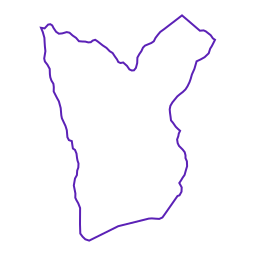 the district of Pontal, São Paulo, Brazil
{"feature_id": "56859067B44935232786988", "entity_name": "Pontal", "entity_type": "district", "adm_level": 2, "iso_a3": "BRA", "parent_name": "Brazil", "parent_adm1": "São Paulo", "projection": "equal_earth", "projection_center": [-48.065, -20.99], "detail": "fine", "context": "isolated", "style": "outline", "palette": "violet", "viewbox_px": 256, "rotation_deg": 0, "n_neighbors": 0, "source": "geoboundaries", "source_scale": "gbopen_adm2", "svg_char_len": 1876}
<svg xmlns="http://www.w3.org/2000/svg" viewBox="0 0 256 256"><path d="M215.0,39.8L212.9,38.4L210.7,35.2L207.5,32.7L205.7,31.3L203.6,30.4L199.9,30.7L182.0,15.4L164.3,29.0L160.3,31.9L158.1,34.5L155.5,37.9L153.8,41.3L151.3,43.0L149.1,43.9L145.0,45.6L143.0,47.6L141.4,51.1L139.4,54.0L137.4,57.6L137.2,63.1L135.9,67.9L134.0,70.3L131.8,70.5L129.4,69.4L127.0,65.9L123.2,62.5L120.5,63.0L118.3,62.0L117.0,59.4L114.9,56.5L112.6,53.0L109.7,51.2L106.5,47.9L102.7,45.4L97.5,41.3L95.2,39.8L92.7,40.6L90.8,42.2L88.3,42.4L85.3,41.6L82.4,41.5L78.9,41.2L76.1,37.9L72.6,35.5L69.5,32.7L66.7,32.1L62.2,33.4L58.9,33.7L56.1,31.8L53.6,28.1L52.2,25.4L50.3,24.2L48.1,24.6L44.6,28.4L41.0,27.8L42.8,32.1L44.4,37.8L44.6,41.9L44.9,46.5L45.4,51.2L44.2,58.5L44.9,61.5L47.4,64.7L49.7,68.9L49.9,74.3L50.3,77.3L51.4,80.5L53.4,83.8L53.8,87.1L53.7,91.5L56.8,97.6L58.9,101.4L60.7,108.1L61.3,115.3L61.9,118.3L65.5,126.0L66.8,130.2L67.4,137.2L68.9,140.1L71.8,141.1L72.3,144.7L72.9,148.5L75.0,149.9L76.5,153.6L77.0,157.8L77.5,160.5L78.5,163.5L78.3,167.6L77.2,170.6L76.9,175.1L75.0,178.5L73.8,185.5L74.6,189.4L75.4,193.5L75.3,197.7L76.4,200.1L78.2,203.2L80.1,208.0L80.0,224.4L80.1,227.5L80.3,233.6L82.6,236.7L85.3,239.3L89.2,240.6L118.2,226.2L148.8,218.6L151.8,218.4L155.9,218.7L159.3,218.9L162.4,217.5L164.5,214.6L177.5,196.0L179.5,195.3L181.5,191.7L181.7,187.4L179.3,183.0L180.9,180.6L182.7,177.6L184.6,174.9L185.9,170.2L187.1,166.2L186.9,161.3L185.5,158.1L185.5,155.3L184.7,152.2L182.7,149.6L179.0,145.9L177.7,143.2L177.1,139.5L178.3,136.2L178.8,133.5L180.1,130.8L177.7,128.7L175.7,126.7L173.0,122.8L171.0,120.4L170.6,117.1L170.0,112.8L169.7,109.3L170.4,105.8L172.4,102.4L177.3,96.4L179.8,94.3L182.8,92.0L185.5,89.4L187.5,86.3L189.5,82.2L190.7,78.8L191.9,74.5L194.4,68.9L196.6,61.3L200.5,59.5L204.6,57.2L208.7,53.3L210.2,48.6L211.7,46.3L213.2,43.4L215.0,39.8Z" fill="none" stroke="#5b21b6" stroke-width="2"/></svg>